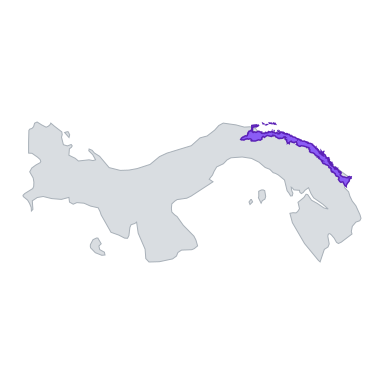 location of Comarca Kuna Yala, Kuna Yala, Panama
{"feature_id": "35544464B26872392116911", "entity_name": "Comarca Kuna Yala", "entity_type": "district", "adm_level": 2, "iso_a3": "PAN", "parent_name": "Panama", "parent_adm1": "Kuna Yala", "projection": "albers", "projection_center": [-78.308, 9.061], "detail": "fine", "context": "in_parent", "style": "filled", "palette": "violet", "viewbox_px": 384, "rotation_deg": 0, "n_neighbors": 0, "source": "geoboundaries", "source_scale": "gbopen_adm2", "svg_char_len": 9056}
<svg xmlns="http://www.w3.org/2000/svg" viewBox="0 0 384 384"><path d="M350.5,178.2L349.4,179.0L346.2,183.6L344.5,187.6L348.6,191.8L349.9,196.2L352.2,201.0L355.9,205.8L360.0,214.8L361.0,218.3L359.8,220.7L355.9,222.1L352.3,226.3L351.3,231.5L352.0,234.0L341.2,242.2L338.4,243.5L336.5,242.3L334.2,238.2L331.4,234.9L329.9,233.7L329.0,233.7L328.2,234.4L327.8,236.2L329.2,243.9L328.0,247.0L324.3,249.4L320.1,261.9L318.4,260.4L304.5,243.5L292.4,222.7L289.9,213.3L293.0,212.7L296.0,212.9L297.7,211.5L299.5,208.7L298.0,202.3L303.9,197.5L306.1,194.2L307.7,194.6L311.5,200.2L317.1,203.3L324.0,208.0L328.2,209.0L322.8,204.2L313.6,197.8L311.0,193.6L308.5,187.7L304.9,190.3L303.3,192.4L301.4,193.6L299.8,192.2L299.5,190.3L294.0,189.9L292.6,188.2L291.2,187.2L291.8,190.9L292.9,193.1L292.3,195.8L290.6,196.0L289.0,193.2L287.1,190.7L284.5,180.0L278.4,175.0L275.5,173.4L273.2,172.7L269.8,169.3L265.2,167.5L259.0,162.2L251.5,158.4L242.2,157.0L230.9,157.8L227.1,159.9L224.5,162.6L223.3,163.8L216.7,166.9L214.1,171.3L212.5,175.0L209.2,179.2L213.0,181.8L191.1,196.1L186.8,198.2L177.1,199.6L174.8,201.1L171.8,203.9L171.4,208.3L171.8,212.0L174.6,214.8L177.1,216.6L183.2,225.2L193.9,236.1L195.9,240.0L197.6,245.9L194.3,248.6L191.8,249.7L181.5,250.1L177.9,252.5L176.5,256.0L172.6,258.9L159.4,261.7L149.0,262.0L145.8,258.6L145.1,249.2L138.2,233.2L136.6,222.1L134.8,223.5L131.1,224.7L129.9,227.4L128.9,235.6L127.5,238.3L124.6,238.1L118.8,235.1L111.0,232.3L101.2,215.0L100.1,211.7L98.2,207.8L90.6,206.1L84.0,203.2L76.9,202.6L73.2,204.2L69.5,202.1L68.9,197.4L61.4,199.4L51.8,198.6L43.2,196.5L37.3,197.5L32.3,200.8L32.9,209.4L31.4,211.0L31.2,207.5L29.6,203.5L27.6,200.1L23.3,196.6L23.0,195.3L24.8,193.5L32.7,188.6L33.7,186.5L33.9,182.2L33.2,178.0L29.7,171.8L31.8,168.0L35.9,165.0L40.1,162.7L40.8,161.6L40.1,159.5L37.7,157.3L32.0,153.3L28.6,153.1L28.6,142.0L28.9,130.3L29.8,129.1L31.9,128.5L33.6,126.7L34.6,123.2L37.1,122.0L41.5,124.8L46.1,127.2L48.0,126.4L49.4,125.3L50.4,124.2L50.8,123.1L54.4,126.2L61.8,131.9L62.2,134.6L61.5,137.2L63.4,144.7L67.3,145.9L71.2,144.5L72.2,145.9L71.5,147.2L69.4,148.8L68.9,155.2L75.2,158.3L78.4,161.0L89.0,159.8L93.0,160.6L95.6,159.8L92.7,154.6L88.8,150.8L89.1,149.0L92.1,150.3L94.4,153.0L99.6,156.3L109.1,167.6L120.2,170.4L128.9,170.1L137.1,168.6L150.1,164.4L159.5,156.6L167.0,153.1L191.3,145.7L200.0,137.9L203.6,136.9L207.1,136.0L214.7,130.1L218.8,125.5L223.2,123.1L236.0,124.9L244.3,127.1L250.0,126.8L255.5,128.4L257.9,131.7L260.4,133.2L274.0,132.8L285.1,134.5L309.5,144.4L324.1,154.3L331.8,164.7L350.5,178.2ZM105.0,255.0L101.8,255.3L95.3,252.7L90.6,247.8L90.3,246.3L90.4,244.6L93.0,239.7L96.5,238.0L97.9,238.1L101.2,243.8L98.9,246.0L99.7,249.6L104.4,252.2L105.0,255.0ZM262.3,200.7L261.1,203.2L258.4,197.7L258.8,196.3L258.7,191.3L261.3,190.0L263.1,189.9L264.7,190.6L265.7,196.4L264.9,199.1L262.3,200.7ZM69.7,134.8L69.0,137.5L64.6,132.5L67.3,131.7L68.2,131.8L69.7,134.8ZM252.6,201.9L250.0,204.5L249.0,202.0L250.8,199.5L251.4,199.5L252.6,201.9Z" fill="#d9dde1" stroke="#a8b0b8" stroke-width="1"/><path d="M240.7,139.5L241.6,139.9L243.3,139.8L243.9,140.1L245.6,139.1L247.1,139.0L247.2,138.7L248.5,139.2L249.9,138.8L250.8,139.0L251.7,140.0L251.1,140.5L251.3,140.9L255.3,141.0L258.7,139.8L260.2,140.2L262.0,139.0L261.7,138.0L262.8,136.5L263.3,136.4L264.3,137.4L267.1,135.4L271.4,136.5L272.1,136.2L272.4,135.4L272.9,135.1L273.2,135.7L273.7,135.9L274.3,135.5L275.4,136.1L275.9,137.0L277.7,137.7L278.2,138.4L279.8,138.6L280.1,138.1L281.3,138.4L282.8,138.2L284.1,136.8L284.6,137.1L285.1,136.9L285.2,137.5L285.6,137.6L285.0,138.0L285.0,139.0L285.7,139.6L286.5,139.6L286.3,140.2L286.8,140.8L286.8,141.8L287.6,142.8L287.5,143.3L288.4,142.8L289.2,143.6L289.6,142.2L290.5,141.4L291.4,141.2L292.1,142.3L293.2,142.3L294.1,142.8L294.7,142.3L296.3,141.7L297.2,144.3L296.6,144.6L299.4,146.3L300.3,146.3L301.1,145.7L303.3,146.0L306.8,147.0L306.8,147.5L308.3,147.5L309.3,148.1L308.9,148.7L309.2,149.7L309.9,149.9L309.6,151.6L310.9,152.5L312.9,152.8L314.5,153.8L315.2,155.0L316.0,155.3L316.0,155.7L317.5,156.2L317.3,156.9L318.3,156.8L318.2,157.2L319.0,157.3L319.2,157.7L318.9,158.4L319.5,158.4L320.2,159.4L322.4,160.7L321.8,160.7L321.6,161.0L322.2,161.6L322.6,162.9L323.5,163.7L324.5,163.5L325.4,164.5L327.7,165.3L328.9,166.2L328.9,167.5L329.6,167.9L330.3,167.8L331.1,168.6L330.9,169.1L331.2,171.0L331.7,171.1L331.9,172.0L332.5,172.2L332.8,171.8L333.7,172.4L334.2,173.1L335.2,173.6L335.3,174.5L336.3,176.1L337.5,176.3L338.7,177.2L339.1,177.9L338.4,179.4L339.8,181.5L340.9,182.3L342.2,181.9L343.0,182.0L344.8,185.4L346.2,186.5L346.1,185.8L347.1,183.7L349.3,180.9L349.3,179.0L351.0,178.4L350.9,177.5L351.3,176.9L350.9,176.3L351.0,177.0L350.6,177.4L349.4,176.5L348.9,176.6L348.8,176.9L348.1,176.9L347.9,177.7L346.6,177.7L344.0,176.9L343.1,177.0L341.7,176.1L341.4,176.4L341.6,176.1L340.5,175.4L340.3,174.9L340.2,174.3L340.9,173.8L341.2,172.8L340.5,171.6L339.9,171.5L339.7,172.4L339.4,172.1L339.1,172.2L338.6,171.6L338.6,171.1L339.0,170.9L338.7,170.3L337.7,169.8L337.3,169.1L336.7,169.0L336.7,168.6L335.6,167.1L335.2,167.2L335.1,167.8L336.4,169.1L336.1,169.3L335.4,168.6L334.8,169.0L334.4,168.3L334.4,167.7L333.8,167.4L332.9,166.3L331.9,166.0L331.9,165.0L331.6,165.3L330.6,165.0L330.4,164.6L330.8,164.4L329.4,163.4L329.5,162.7L329.1,161.9L328.7,161.8L328.8,161.3L328.5,161.6L328.1,161.1L328.5,160.3L329.2,160.6L329.3,160.1L328.5,159.6L328.1,159.9L328.1,159.5L328.6,159.3L327.7,158.8L327.7,158.4L328.0,158.4L327.7,158.3L327.2,158.6L327.4,158.3L327.0,158.2L327.5,158.0L325.7,156.9L325.4,155.2L323.5,153.9L323.5,153.4L323.4,153.3L323.3,153.5L323.1,153.5L322.8,152.7L322.4,152.8L322.6,152.6L322.4,152.1L321.6,151.6L322.0,153.0L321.8,153.6L322.3,154.0L322.9,155.1L322.1,154.6L322.3,155.2L322.0,155.0L321.7,154.6L321.9,154.4L320.7,153.9L321.1,153.5L321.0,152.9L320.8,153.4L320.3,153.3L320.9,152.8L320.2,152.6L320.3,152.4L319.3,151.6L319.1,151.8L319.0,151.2L318.3,151.0L317.7,149.8L317.1,149.6L316.9,149.0L317.6,149.2L317.2,148.6L316.4,148.1L315.1,148.7L316.1,148.2L315.7,147.8L315.8,147.0L315.3,147.3L314.5,147.0L313.8,145.7L313.4,145.7L313.0,145.1L312.5,145.0L312.5,144.3L310.5,143.4L307.9,143.3L307.6,142.8L308.1,142.5L307.9,142.3L307.2,142.1L307.5,142.5L307.0,142.5L304.1,141.0L303.2,141.3L302.0,141.1L301.9,141.4L302.0,141.1L301.4,140.4L300.9,140.6L300.8,140.0L299.6,139.9L299.6,139.5L298.4,139.0L297.9,139.5L297.9,138.8L296.6,138.5L295.1,137.3L294.7,137.3L294.7,137.8L294.6,137.2L292.8,136.9L292.4,136.2L291.0,136.1L291.0,135.6L290.3,135.8L289.3,134.4L288.5,134.5L287.9,134.1L287.2,134.4L287.1,133.7L286.9,133.7L286.5,134.0L286.4,134.0L286.6,133.8L286.1,133.5L285.5,133.8L284.4,133.7L283.4,133.3L283.3,132.9L282.6,132.9L281.7,132.1L280.6,132.5L279.7,133.5L279.6,133.3L279.0,133.3L278.3,133.8L278.3,133.3L276.8,132.8L276.7,132.6L275.8,133.3L274.9,132.9L274.5,132.3L274.0,132.7L273.0,132.2L272.8,132.3L272.9,131.7L272.4,131.9L272.2,131.3L271.0,131.7L270.7,132.2L268.7,131.6L268.5,132.5L267.7,132.7L267.5,132.4L266.6,133.0L265.7,132.3L265.3,132.5L264.9,133.5L264.0,133.6L263.7,133.2L262.6,133.2L262.2,133.5L261.6,133.3L260.8,132.3L261.3,132.5L261.5,132.2L261.1,132.2L261.0,131.9L260.1,132.0L258.9,131.2L258.6,131.5L257.2,131.5L256.6,132.3L255.7,132.4L254.8,131.8L253.2,132.5L252.5,131.9L252.9,131.3L252.2,130.2L252.6,129.5L252.5,129.1L252.2,129.3L252.1,128.2L252.6,128.2L253.1,127.2L253.7,126.8L254.4,126.9L254.2,126.5L254.5,126.8L256.2,126.6L256.6,126.8L257.1,126.3L256.6,126.0L257.7,126.2L258.5,125.5L258.2,125.1L257.4,125.3L255.5,125.1L255.5,125.4L255.3,125.0L253.4,125.2L251.8,125.5L251.8,130.9L251.3,130.9L251.3,130.3L250.9,130.3L249.5,131.4L249.1,131.2L248.0,132.7L247.8,133.4L248.1,133.6L247.4,134.9L247.3,135.6L246.6,136.0L245.5,135.8L244.1,136.4L243.7,137.0L242.9,137.0L241.5,138.1L240.7,139.5ZM328.5,157.7L328.0,158.1L328.9,158.6L329.0,158.1L328.5,157.7ZM330.9,162.2L329.6,161.4L329.7,161.8L330.5,162.6L330.8,162.5L330.9,162.2ZM331.2,162.5L330.6,162.6L331.6,163.3L331.9,163.0L331.9,162.7L331.4,162.9L331.2,162.5ZM333.2,164.2L332.5,164.3L332.6,164.6L333.2,164.2ZM318.3,149.9L318.0,150.0L318.6,150.5L318.3,149.9ZM274.6,123.6L274.1,123.4L274.3,123.8L274.6,123.6ZM263.5,123.8L263.0,123.5L263.1,123.8L263.5,123.8ZM273.8,123.7L273.6,123.3L273.3,123.5L273.8,123.7ZM271.2,123.4L271.0,123.0L270.7,123.2L271.2,123.4ZM323.7,151.5L323.2,151.5L323.6,151.7L323.7,151.5ZM272.4,129.8L271.9,129.6L272.4,129.8L272.4,129.8ZM275.3,123.9L275.1,123.6L275.0,123.8L275.3,123.9ZM256.8,124.6L256.4,124.8L256.5,124.9L256.8,124.6ZM279.0,131.2L278.7,131.4L279.0,131.4L279.0,131.2ZM266.8,124.6L266.6,124.6L266.4,124.8L266.5,124.8L266.8,124.6ZM321.1,151.0L321.3,151.2L321.1,150.9L321.1,151.0ZM281.2,132.1L280.8,131.9L280.6,132.0L281.2,132.1ZM332.4,164.3L332.0,164.2L332.4,164.4L332.4,164.3ZM269.8,123.3L269.5,123.0L269.4,123.0L269.6,123.3L269.8,123.3ZM274.2,130.5L274.5,130.1L274.0,130.6L274.2,130.5ZM257.6,131.2L257.3,131.2L257.6,131.2ZM277.9,130.0L277.9,130.3L278.2,130.4L278.0,130.2L277.9,130.0ZM280.2,132.2L279.9,132.1L280.2,132.2ZM337.5,168.7L337.4,168.8L337.5,169.1L337.5,168.7ZM284.0,132.7L284.1,132.9L284.3,133.0L284.2,132.8L284.0,132.7Z" fill="#8b5cf6" stroke="#5b21b6" stroke-width="1.5"/></svg>